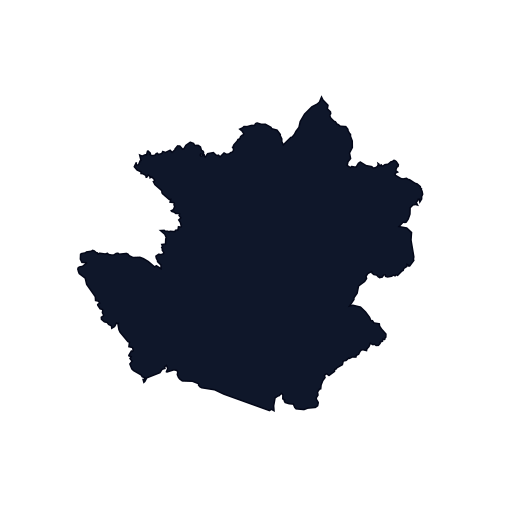 Benito Juárez, Zacatecas, Mexico (Mercator projection), rotated 125°
{"feature_id": "50627088B40188913949986", "entity_name": "Benito Juárez", "entity_type": "district", "adm_level": 2, "iso_a3": "MEX", "parent_name": "Mexico", "parent_adm1": "Zacatecas", "projection": "mercator", "projection_center": [-103.583, 21.491], "detail": "fine", "context": "isolated", "style": "filled", "palette": "ink", "viewbox_px": 512, "rotation_deg": 125, "n_neighbors": 0, "source": "geoboundaries", "source_scale": "gbopen_adm2", "svg_char_len": 6155}
<svg xmlns="http://www.w3.org/2000/svg" viewBox="0 0 512 512"><g transform="rotate(125 256 256)"><path d="M109.8,154.9L107.6,157.2L107.0,158.6L106.1,158.9L105.9,160.4L104.9,161.2L104.5,165.4L105.2,167.5L105.4,174.0L106.1,175.5L106.0,177.3L108.5,179.7L109.4,181.6L109.9,187.8L109.6,188.7L108.3,189.4L106.0,188.1L105.9,190.2L105.3,190.8L102.5,191.6L101.2,191.0L99.6,191.7L98.2,195.3L98.2,197.3L98.8,198.1L100.3,198.4L101.4,199.5L105.0,200.4L107.2,202.8L109.4,203.6L110.4,205.5L108.8,205.9L110.6,205.7L111.0,207.1L110.2,208.0L110.2,209.1L110.8,208.4L112.9,207.9L114.8,208.6L116.7,210.2L116.4,212.5L118.8,217.7L119.2,224.5L121.3,225.3L125.5,225.0L126.5,226.1L127.8,229.0L129.5,229.4L129.5,233.3L126.0,234.7L121.9,234.4L118.0,238.5L111.9,239.3L106.6,243.1L103.8,247.2L102.1,248.4L102.0,249.6L100.5,252.6L99.5,253.4L98.5,256.7L101.4,261.5L101.1,263.9L101.5,265.2L100.5,268.0L100.9,269.5L100.1,273.9L99.1,275.6L97.9,276.5L96.6,276.4L95.2,277.7L94.5,282.0L91.2,283.5L89.8,290.6L88.2,293.5L93.6,292.3L96.4,293.0L101.7,295.8L111.9,297.6L120.5,296.9L126.0,294.6L130.9,294.8L134.2,294.3L138.0,294.6L138.9,295.5L149.3,297.4L147.4,300.6L145.3,302.0L143.3,305.5L142.5,305.8L140.8,311.0L142.7,316.1L142.0,317.6L142.7,323.9L145.1,327.3L146.4,331.4L147.8,332.3L149.9,332.1L151.7,334.7L155.1,337.5L156.8,340.1L158.7,340.5L161.4,342.1L161.6,339.2L162.9,336.0L164.7,335.9L164.8,336.5L167.0,337.1L169.3,336.5L170.9,337.6L172.7,337.3L177.6,337.9L179.1,337.6L179.4,336.9L180.4,337.5L181.1,335.9L182.5,335.0L184.4,334.9L185.7,336.0L187.8,336.6L189.6,338.5L189.9,341.3L195.4,342.3L194.9,344.6L195.8,345.3L196.3,346.6L195.7,350.2L199.9,354.3L204.1,354.3L204.0,355.5L202.9,356.4L205.7,358.3L205.7,359.2L204.6,359.9L204.1,359.9L203.3,357.8L202.3,357.7L201.0,358.5L200.5,359.8L200.8,361.2L198.5,364.1L198.5,366.8L200.6,369.7L199.6,371.7L200.5,375.1L205.5,376.9L209.6,376.6L210.6,377.3L209.6,381.5L210.8,383.4L214.8,383.7L215.4,383.3L219.2,384.1L218.6,387.0L223.1,389.5L223.9,392.3L226.1,392.0L228.8,394.1L228.4,395.8L229.4,396.5L231.2,396.5L232.8,397.9L233.6,399.3L233.6,401.2L232.8,401.2L232.3,401.8L231.9,404.7L232.4,405.0L235.9,403.7L236.6,404.8L239.5,406.6L240.0,409.2L243.7,405.0L244.5,405.5L248.1,404.7L249.2,405.0L250.0,405.8L249.7,406.6L247.9,407.7L252.7,406.9L253.8,402.7L253.0,398.5L254.4,397.5L253.5,395.8L253.2,392.5L254.5,391.1L254.2,390.7L251.5,390.8L251.7,388.3L252.7,387.7L252.0,387.1L251.3,387.5L251.0,386.6L251.7,383.1L252.4,382.1L253.9,382.8L255.5,379.8L256.5,370.7L258.2,369.2L258.6,368.2L259.5,359.4L258.5,358.3L261.2,357.3L259.5,354.1L259.7,353.1L261.1,352.6L262.0,351.1L264.1,350.5L265.5,350.3L267.6,351.4L267.8,350.5L267.0,348.0L267.2,346.2L265.4,343.5L265.4,342.6L267.0,342.2L267.7,339.7L268.3,339.4L270.8,340.0L271.9,337.2L274.5,334.2L275.5,334.2L276.5,336.3L279.4,334.9L281.1,336.7L282.6,336.5L285.0,340.6L286.1,341.1L286.3,342.5L287.8,344.6L287.6,345.9L289.9,348.8L290.5,343.1L292.7,339.7L293.7,339.8L298.1,337.0L300.6,339.8L301.6,338.2L303.2,338.1L303.8,336.6L304.9,336.3L306.1,333.4L307.2,333.1L309.4,334.6L310.3,336.7L313.5,337.9L314.9,336.5L316.5,333.5L317.1,333.4L317.9,328.6L320.9,326.5L321.1,332.0L323.1,332.9L322.3,341.1L322.7,346.7L323.6,350.3L327.8,355.9L328.5,360.2L327.9,361.8L328.2,363.6L333.0,369.1L332.9,370.7L334.1,372.0L336.8,373.1L337.9,374.6L339.3,377.6L339.0,379.3L340.8,380.6L343.4,385.7L345.0,386.4L344.4,387.7L344.9,388.7L344.6,391.5L345.1,393.1L346.5,393.6L349.9,397.2L351.3,397.6L354.2,400.4L355.2,400.7L359.3,398.1L361.1,394.9L358.8,391.2L359.0,390.7L364.1,392.2L365.8,394.0L367.4,394.9L368.9,394.5L370.5,392.6L371.8,390.7L372.1,383.2L376.4,378.4L381.5,364.3L384.5,361.9L383.4,359.2L384.2,357.0L386.5,357.9L387.1,357.4L388.7,353.4L387.9,351.3L388.1,350.6L390.6,349.3L391.7,347.0L392.8,346.7L394.9,347.6L396.5,346.3L396.9,342.5L395.8,339.7L396.6,337.5L396.1,334.4L397.9,332.7L394.9,331.4L390.9,331.9L390.9,331.2L390.1,330.1L391.2,329.8L395.0,326.0L396.4,323.6L399.6,311.8L399.2,310.2L403.2,308.1L401.8,304.7L402.8,303.5L403.8,302.5L404.9,302.4L405.3,303.6L410.3,303.2L410.7,302.8L410.0,300.5L412.3,300.4L413.2,297.2L416.8,297.4L419.7,293.0L420.1,290.6L419.3,281.9L420.2,279.9L419.4,277.2L421.1,276.7L421.9,277.7L423.8,275.4L422.5,275.1L418.5,275.6L406.7,267.8L402.7,267.9L400.3,266.1L399.2,267.3L397.0,266.6L398.7,263.8L402.2,263.0L402.1,262.4L396.4,258.0L395.2,255.4L395.7,253.7L398.3,252.4L399.9,249.9L400.5,248.0L400.6,244.7L395.1,236.3L393.5,229.6L394.7,229.0L395.3,227.1L395.1,225.0L389.3,213.1L387.6,203.1L374.9,156.3L372.7,155.5L372.4,152.5L368.6,155.6L361.3,159.0L358.2,157.8L357.1,156.9L354.0,156.5L354.3,154.4L357.7,152.1L357.4,150.0L358.3,150.0L359.3,148.1L358.0,144.1L355.9,140.4L357.8,137.4L358.2,135.5L354.3,128.6L351.0,126.4L346.0,120.5L343.3,119.6L341.0,120.6L340.2,121.1L338.8,124.3L337.6,125.3L334.4,125.4L332.1,127.6L328.6,127.6L327.7,126.8L324.3,128.7L319.8,129.8L316.0,129.7L314.7,131.4L313.2,131.2L312.0,130.6L312.0,127.7L305.5,125.5L303.8,126.5L302.6,125.6L301.1,125.6L295.5,122.9L292.0,124.3L289.9,122.3L286.5,121.5L286.3,120.7L283.5,119.2L281.5,116.2L279.9,116.8L277.6,115.6L274.4,116.1L272.4,115.7L271.3,114.3L270.1,111.2L268.4,111.9L265.5,111.5L261.9,112.3L261.6,109.4L260.3,108.3L260.4,106.3L259.0,104.5L256.4,104.2L255.5,104.9L253.2,103.5L251.3,104.4L250.7,102.9L250.0,102.8L249.2,103.4L248.0,103.1L245.4,104.8L243.9,111.1L242.6,114.5L240.8,116.1L243.2,121.0L242.2,123.5L242.9,124.1L242.9,125.0L241.1,127.9L239.0,134.2L237.9,141.1L240.8,148.5L243.4,150.7L235.5,150.8L234.1,151.8L228.5,151.8L221.7,154.8L214.5,152.4L211.0,152.5L209.6,154.2L206.1,154.3L202.4,152.3L203.4,151.2L203.6,148.9L202.4,146.2L203.0,143.6L202.2,143.0L202.8,142.3L200.9,140.5L198.2,140.5L197.3,139.4L198.4,138.2L197.7,136.2L194.8,133.3L192.8,132.5L192.5,130.7L190.9,130.5L190.7,128.9L184.8,127.9L183.4,127.2L181.4,127.8L177.9,126.4L176.2,127.5L176.1,126.0L176.6,125.0L176.0,124.4L169.1,124.2L168.3,125.2L166.2,126.2L154.0,138.2L147.5,142.1L146.6,148.6L149.9,155.8L143.9,154.9L143.1,153.2L142.1,152.4L138.4,152.5L133.4,153.9L128.1,157.4L124.1,156.7L122.2,154.7L121.6,152.9L120.0,155.7L118.1,155.3L116.6,155.8L115.8,154.9L117.8,152.8L114.3,153.0L112.1,154.5L109.8,154.9Z" fill="#0f172a" stroke="#020617" stroke-width="1.5"/></g></svg>